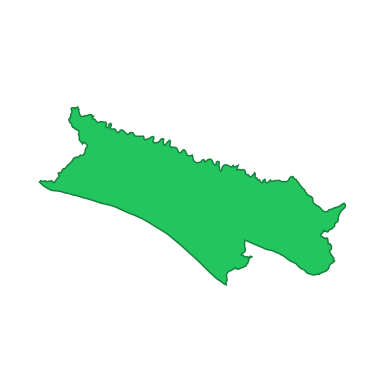 Alto Paraguai, Mato Grosso, Brazil, rotated 75°
{"feature_id": "56859067B7364247848985", "entity_name": "Alto Paraguai", "entity_type": "district", "adm_level": 2, "iso_a3": "BRA", "parent_name": "Brazil", "parent_adm1": "Mato Grosso", "projection": "albers", "projection_center": [-56.682, -14.768], "detail": "fine", "context": "isolated", "style": "filled", "palette": "green", "viewbox_px": 384, "rotation_deg": 75, "n_neighbors": 0, "source": "geoboundaries", "source_scale": "gbopen_adm2", "svg_char_len": 6022}
<svg xmlns="http://www.w3.org/2000/svg" viewBox="0 0 384 384"><g transform="rotate(75 192 192)"><path d="M270.3,153.8L269.0,154.9L268.8,156.4L268.2,157.8L267.4,158.5L266.4,159.1L265.9,160.6L264.8,160.4L264.1,158.5L263.7,157.2L262.8,156.0L261.3,155.3L260.1,155.2L258.3,155.3L256.8,155.0L255.0,154.5L252.2,153.4L254.0,151.0L264.3,137.9L266.2,135.6L266.9,134.7L268.2,131.9L269.1,130.0L270.0,128.8L272.3,126.2L274.1,123.5L275.5,122.4L276.7,121.0L277.9,119.8L279.7,118.3L282.0,116.7L283.1,115.6L284.5,114.4L285.5,113.0L286.5,112.0L288.1,110.1L289.2,109.5L291.2,108.6L292.5,107.8L294.4,106.3L295.6,104.6L296.9,103.4L298.0,103.0L299.3,102.3L300.7,101.2L301.4,99.6L302.2,98.7L303.3,96.7L303.9,94.4L303.8,92.8L304.2,91.3L304.4,90.1L303.5,89.2L303.8,87.7L303.2,86.0L303.3,84.6L303.1,83.0L302.2,81.1L301.0,79.6L300.0,79.1L298.5,78.4L297.2,76.3L296.5,73.5L295.4,72.1L293.9,73.0L292.5,72.1L291.4,72.9L289.8,73.3L288.3,73.9L285.8,74.4L284.0,74.1L283.3,72.2L282.0,71.7L280.3,71.4L279.2,71.6L277.7,72.1L277.6,73.8L276.5,73.6L273.0,73.2L271.8,73.0L271.2,73.9L271.5,75.5L270.2,76.4L268.9,77.8L268.0,78.6L266.6,79.0L265.9,77.4L264.7,75.8L263.2,74.8L264.4,74.1L264.1,73.0L265.2,72.4L265.7,71.0L264.3,69.5L263.9,68.4L263.9,66.7L262.7,64.5L261.6,62.9L260.2,62.6L259.2,61.5L258.7,59.9L258.1,58.9L257.2,58.2L253.9,57.0L252.8,56.3L251.4,55.3L249.3,53.1L247.9,51.1L247.2,49.4L246.0,48.0L243.9,47.2L242.3,47.9L242.5,49.7L244.0,53.3L244.2,56.9L244.2,59.5L244.7,60.7L244.9,62.3L244.4,63.8L245.9,66.4L245.8,67.7L245.2,69.3L243.9,70.5L242.3,71.5L241.2,71.8L238.8,73.3L236.6,75.7L235.4,76.4L234.4,77.2L233.0,77.8L231.7,77.4L228.8,77.2L227.5,77.9L226.4,79.0L225.4,80.5L221.3,82.5L219.4,82.6L218.3,83.2L216.7,84.4L215.0,85.0L213.7,85.7L212.0,86.4L210.7,86.7L209.3,87.3L207.9,88.1L206.8,88.2L206.1,89.3L204.7,90.4L203.4,90.4L202.9,91.5L203.2,93.2L204.4,94.8L205.5,95.5L206.1,96.7L206.5,98.0L206.3,99.2L205.7,100.2L205.6,101.9L204.5,103.5L203.0,105.2L203.1,106.9L202.5,108.3L202.4,109.9L202.5,111.5L202.2,112.7L200.8,113.0L201.2,114.3L202.2,115.4L202.5,116.5L202.3,117.8L200.9,118.6L199.8,118.2L198.6,118.2L199.0,119.5L199.8,120.7L201.3,121.4L200.6,122.8L199.3,123.4L197.7,123.6L197.9,124.6L197.3,125.5L195.6,125.4L194.5,127.1L193.2,127.2L192.2,126.6L190.8,126.3L189.7,126.5L190.7,127.8L192.7,131.0L192.2,132.3L190.2,132.9L189.2,134.7L188.0,135.5L186.3,135.2L184.7,135.5L183.6,136.7L183.3,138.9L182.4,140.5L182.5,143.0L181.3,142.7L179.9,141.9L178.3,140.7L178.6,141.9L178.5,145.3L177.0,145.4L178.1,147.6L177.5,148.6L175.8,150.0L174.4,152.4L174.4,154.2L175.5,155.9L176.9,156.9L177.9,157.5L179.6,158.7L178.7,159.6L177.3,159.6L175.7,159.1L174.3,159.2L172.5,158.8L170.0,157.9L169.0,159.5L169.8,161.0L171.0,161.3L172.4,162.0L171.3,163.5L170.3,163.9L167.8,164.4L166.5,164.5L165.3,165.3L164.8,167.1L164.9,168.4L165.7,169.6L166.4,171.5L164.8,171.8L163.7,172.3L163.8,173.7L164.8,175.1L165.2,176.4L165.3,177.5L165.1,178.9L164.6,180.3L164.0,181.2L162.7,181.9L161.5,182.3L159.9,182.5L158.0,182.1L156.4,182.2L156.7,184.7L156.1,186.2L155.1,186.9L154.1,187.3L151.5,187.7L150.0,188.1L149.0,189.0L149.6,190.9L150.5,191.8L151.1,193.2L150.2,194.8L147.3,195.0L145.8,195.4L144.8,196.3L144.2,197.7L143.7,199.6L142.4,201.2L141.0,201.3L139.0,200.5L137.5,199.7L136.2,200.2L137.6,203.0L138.9,204.8L140.1,206.2L138.6,207.1L136.8,206.9L135.3,206.5L133.8,205.6L132.8,206.5L132.8,207.9L133.8,209.2L134.8,210.6L135.3,212.0L134.7,215.9L133.2,216.8L130.4,215.0L129.1,214.7L128.2,215.7L128.4,217.2L129.1,218.7L129.2,220.5L129.6,223.3L128.5,224.7L126.8,224.3L125.5,224.6L124.5,228.9L123.9,229.9L123.9,231.2L123.0,232.6L119.6,233.7L118.8,235.3L118.7,236.6L119.5,237.7L119.9,239.2L118.5,240.5L115.2,242.3L114.1,243.3L113.7,244.7L114.5,246.2L115.8,248.1L114.9,249.0L113.3,249.5L111.8,249.8L111.0,250.5L110.7,252.1L110.6,253.6L109.3,254.5L106.8,252.7L105.8,252.3L104.8,252.7L104.7,254.1L107.4,256.0L108.1,256.8L107.7,257.9L106.5,258.4L105.3,257.4L103.9,256.9L102.1,257.4L101.6,259.3L100.9,260.7L100.4,262.3L100.6,263.8L100.5,265.2L99.5,266.1L98.0,266.4L96.7,267.1L95.6,269.0L94.2,268.4L93.3,267.5L92.9,268.9L91.4,269.0L90.7,270.7L91.1,274.4L90.6,276.0L90.8,277.5L90.6,279.1L89.5,280.0L87.4,280.4L84.2,280.5L83.0,279.8L81.7,280.4L80.3,280.4L80.5,282.0L81.2,283.2L80.2,283.8L79.6,286.4L80.6,287.3L82.3,287.0L84.0,287.3L84.9,288.4L86.1,289.3L87.7,289.5L88.4,290.6L89.5,290.9L89.9,292.2L91.5,292.3L93.6,291.7L94.9,290.8L97.5,290.8L98.6,290.5L99.6,289.1L100.9,288.6L101.6,287.5L102.7,286.6L103.4,285.6L104.8,285.3L106.6,286.7L109.7,286.5L111.5,287.3L113.2,287.2L114.5,286.4L116.1,285.7L117.3,285.4L116.1,283.7L117.3,282.4L119.1,281.3L120.2,280.9L121.5,282.2L122.8,283.6L124.2,284.5L125.7,284.9L126.7,286.0L128.1,287.2L128.2,288.9L127.5,290.3L128.5,291.9L128.7,293.3L128.3,294.7L128.7,296.2L128.8,297.6L130.1,298.7L131.5,300.3L132.4,302.2L133.2,303.1L133.6,304.6L134.4,305.7L135.6,307.2L136.6,308.9L136.2,310.1L137.0,311.3L139.4,313.5L139.1,314.8L139.1,316.3L140.7,316.4L142.3,316.1L143.6,317.4L144.1,318.8L144.9,319.8L147.4,322.5L145.9,324.1L144.6,324.8L145.0,326.0L144.5,327.7L144.5,329.7L143.2,330.7L143.2,332.5L142.8,333.9L141.9,335.1L143.0,336.8L146.4,334.6L149.3,332.4L151.4,330.3L152.6,329.0L154.3,326.7L155.1,324.6L156.4,321.1L157.9,318.0L159.2,316.1L160.2,314.4L162.3,310.1L163.8,308.2L164.5,307.0L165.0,305.5L167.0,302.1L169.1,298.9L171.2,295.2L175.0,289.1L177.2,285.9L179.9,281.6L180.8,279.6L184.7,272.6L186.5,270.0L192.5,262.8L195.1,259.6L199.5,253.6L204.5,247.4L209.9,241.9L215.5,236.7L220.9,231.4L226.4,226.5L239.5,217.2L256.9,205.9L263.6,201.8L274.7,195.4L276.5,194.1L280.0,192.0L282.6,190.2L285.8,187.3L287.4,186.1L288.5,185.3L289.4,184.4L290.5,182.9L288.1,182.8L286.4,180.9L285.2,180.8L283.6,180.5L281.8,180.4L280.5,180.1L279.3,178.7L278.3,177.1L277.9,175.7L278.0,174.5L277.4,172.9L277.1,171.3L276.4,169.8L277.4,169.2L278.3,168.2L278.6,167.1L278.5,165.7L278.0,164.2L278.1,162.4L277.6,160.6L277.3,158.8L276.0,158.0L275.2,156.6L272.7,154.9L271.7,154.3L270.3,153.8ZM270.3,153.8L270.6,151.9L270.0,151.0L269.1,152.3L270.3,153.8Z" fill="#22c55e" stroke="#15803d" stroke-width="1.5"/></g></svg>